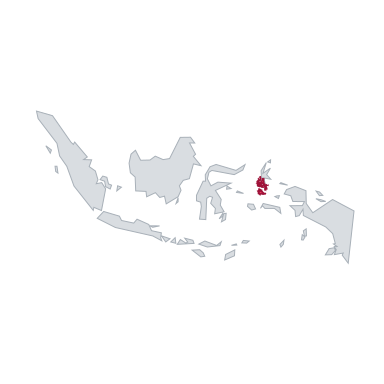 Halmahera Selatan, Maluku Utara, Indonesia shown in context, rotated 6°
{"feature_id": "22746128B2838702785556", "entity_name": "Halmahera Selatan", "entity_type": "district", "adm_level": 2, "iso_a3": "IDN", "parent_name": "Indonesia", "parent_adm1": "Maluku Utara", "projection": "robinson", "projection_center": [127.53, -0.746], "detail": "fine", "context": "in_parent", "style": "filled", "palette": "rose", "viewbox_px": 384, "rotation_deg": 6, "n_neighbors": 0, "source": "geoboundaries", "source_scale": "gbopen_adm2", "svg_char_len": 9040}
<svg xmlns="http://www.w3.org/2000/svg" viewBox="0 0 384 384"><g transform="rotate(6 192 192)"><path d="M131.4,156.4L137.6,165.8L146.9,164.6L151.7,160.2L159.9,162.8L166.2,161.1L174.6,138.9L184.8,137.7L189.6,143.0L184.4,143.5L191.6,154.1L189.6,156.4L198.2,164.9L190.5,163.9L188.0,179.0L182.1,181.3L178.8,187.2L180.9,191.4L178.7,198.1L167.6,206.5L165.1,199.0L160.5,200.8L155.7,196.5L147.4,201.5L146.2,196.2L135.9,196.8L133.9,183.1L128.7,179.3L126.4,169.9L127.4,160.7L131.4,156.4ZM28.9,127.8L45.3,130.7L66.4,155.1L69.0,157.1L70.1,154.6L84.2,168.1L80.8,171.1L88.8,170.5L87.1,177.5L93.7,181.2L97.2,189.7L95.9,193.8L101.2,192.1L105.8,197.9L103.9,219.9L96.0,217.5L95.7,220.6L74.0,198.4L64.8,179.5L56.6,170.0L52.6,157.7L31.3,135.1L28.9,127.8ZM355.1,193.9L354.8,246.5L348.0,239.1L348.8,236.9L340.1,239.4L341.5,234.2L339.1,231.4L339.9,231.0L341.3,231.3L342.1,231.0L338.1,228.9L339.9,228.3L336.3,218.7L328.7,212.8L305.2,203.7L304.2,197.5L301.1,204.3L297.6,205.6L296.4,199.5L290.9,195.4L303.2,194.0L304.8,189.8L293.3,190.9L290.6,185.4L283.9,184.3L285.8,179.7L293.9,175.7L305.2,178.8L306.8,191.5L314.3,200.0L332.6,184.8L355.1,193.9ZM240.3,164.8L232.2,170.3L209.5,168.5L206.8,170.6L205.9,177.3L210.2,183.9L216.7,179.5L229.9,179.1L215.1,188.0L221.8,196.3L221.5,202.1L226.0,208.3L216.8,211.3L217.0,205.9L211.8,201.3L213.0,195.1L210.1,194.4L207.3,196.7L208.6,218.0L202.3,218.2L202.8,205.4L201.7,201.2L197.4,200.3L196.8,194.8L201.9,180.1L204.3,179.8L203.4,173.5L207.3,165.0L213.1,162.1L233.5,165.9L241.9,159.2L240.3,164.8ZM106.2,220.6L122.3,223.6L124.9,227.7L137.3,229.0L140.2,224.8L152.4,228.8L155.8,234.7L165.8,235.8L165.6,240.8L167.1,243.7L157.6,239.8L119.5,235.3L100.5,228.1L106.2,220.6ZM260.6,166.0L267.5,160.1L264.4,166.9L269.0,171.1L261.7,170.4L265.6,180.0L260.3,174.8L258.5,163.6L262.8,155.0L260.6,166.0ZM264.0,196.0L280.9,198.1L282.6,204.0L275.7,199.7L266.2,200.7L263.5,198.3L261.8,201.1L264.0,196.0ZM225.4,242.4L213.0,245.1L204.2,243.1L209.9,239.4L222.1,242.6L226.3,238.4L225.4,242.4ZM189.6,238.7L197.9,239.9L199.4,242.9L182.8,245.6L185.4,240.5L191.2,243.4L193.0,242.3L189.6,238.7ZM240.6,245.1L240.9,251.0L231.6,256.2L232.0,250.6L240.6,245.1ZM105.8,186.3L108.1,192.7L111.3,193.6L110.3,197.6L105.5,195.7L104.0,190.4L99.3,189.3L101.6,185.5L105.8,186.3ZM337.5,239.7L331.2,240.6L334.3,234.0L339.2,232.6L340.8,235.0L337.5,239.7ZM205.7,248.6L209.6,251.4L211.4,254.6L207.5,255.6L198.2,249.8L205.7,248.6ZM254.4,197.8L257.0,202.2L253.2,203.7L248.7,200.5L248.9,197.9L254.4,197.8ZM166.2,238.8L175.0,240.8L171.1,244.4L166.2,238.8ZM180.0,239.2L181.3,244.7L176.1,243.9L180.0,239.2ZM121.3,194.6L117.1,198.8L117.4,193.6L121.3,194.6ZM309.4,216.7L310.4,223.7L308.4,224.0L306.8,219.0L309.4,216.7ZM163.3,229.1L156.6,231.2L153.7,230.0L163.3,229.1ZM228.2,209.6L228.2,215.9L224.4,218.6L225.8,210.2L228.2,209.6ZM41.8,161.3L47.8,164.9L47.0,168.2L41.8,161.3ZM56.7,187.2L54.3,185.8L53.1,180.7L55.0,180.5L56.7,187.2ZM286.2,237.5L284.9,235.0L288.5,230.3L288.3,234.5L286.2,237.5ZM279.4,173.4L286.4,175.2L278.5,174.5L279.4,173.4ZM237.0,186.2L243.4,188.0L236.3,187.8L237.0,186.2ZM225.2,212.7L221.8,215.8L224.7,210.2L225.2,212.7ZM315.3,178.1L318.9,178.7L322.4,181.7L319.1,182.3L315.3,178.1ZM254.0,234.8L251.7,237.1L246.9,237.4L248.1,234.8L254.0,234.8ZM309.1,224.9L307.6,228.2L305.9,228.1L306.1,222.9L309.1,224.9ZM263.6,186.2L259.4,186.8L258.2,185.7L260.0,183.6L263.6,186.2ZM315.9,185.7L321.1,186.2L326.0,187.4L321.3,188.1L315.9,185.7ZM226.2,182.4L230.5,184.5L226.1,185.6L226.2,182.4ZM267.0,154.8L264.1,154.2L266.8,151.8L267.0,154.8ZM236.8,240.9L241.5,239.0L242.1,240.1L236.8,240.9ZM279.3,186.5L278.6,189.4L274.9,187.9L276.8,187.0L279.3,186.5ZM179.2,203.2L177.3,205.2L178.8,199.1L179.2,203.2ZM259.5,175.4L261.7,179.3L260.8,180.0L257.5,176.9L259.5,175.4Z" fill="#d9dde1" stroke="#a8b0b8" stroke-width="1"/><path d="M260.0,183.6L259.1,184.3L259.0,184.6L258.5,184.3L258.5,184.2L258.3,184.3L258.6,184.4L258.4,184.8L258.5,184.9L258.3,185.1L258.3,185.5L258.2,185.9L258.3,186.3L258.4,186.2L259.0,186.7L259.7,186.9L259.8,186.7L260.1,186.8L260.5,186.5L261.2,186.6L261.8,186.4L262.4,186.6L262.7,186.8L263.2,186.7L263.7,186.4L263.7,185.9L263.4,185.5L263.2,185.6L262.6,185.2L262.1,184.5L261.8,184.3L261.7,184.4L261.4,184.4L261.1,184.2L261.1,183.9L261.0,184.0L260.8,183.7L260.4,183.6L260.4,183.8L260.2,183.6L260.0,183.6ZM260.4,172.9L260.4,173.6L260.1,174.6L260.3,174.8L260.3,175.0L260.8,175.4L261.6,175.8L262.6,178.2L263.0,178.6L263.6,178.9L264.1,179.1L264.2,178.9L264.1,179.0L264.3,179.0L264.2,179.1L264.6,179.5L264.3,179.5L264.2,179.6L264.4,179.8L264.7,179.9L264.8,179.8L265.1,180.0L265.3,179.9L265.8,180.2L265.7,179.9L265.3,179.7L264.1,178.5L262.9,176.2L262.4,174.9L262.2,173.7L261.8,172.8L261.7,172.1L262.0,171.9L262.0,171.4L261.8,171.4L261.7,171.7L261.4,171.8L261.0,171.6L261.1,172.4L261.2,172.6L260.9,172.8L260.9,172.6L260.7,172.6L260.4,172.9ZM259.2,175.3L258.9,175.6L258.8,175.9L258.6,176.2L258.4,176.1L258.3,175.7L258.1,175.4L257.8,175.5L257.7,175.5L257.8,175.9L257.5,176.5L257.6,177.0L258.0,177.3L258.0,177.5L258.3,177.8L258.4,177.7L258.6,177.9L258.8,177.9L258.6,178.8L258.7,179.4L258.8,179.5L259.9,178.8L260.1,178.9L260.1,179.4L260.3,179.5L260.8,179.8L260.6,179.8L261.3,179.7L261.6,179.5L261.7,179.2L261.8,179.3L261.7,179.1L261.9,179.2L261.6,178.9L261.6,178.6L261.1,178.3L260.5,178.4L260.3,178.6L260.1,178.4L260.0,177.9L259.7,177.9L259.7,177.6L260.3,176.5L260.0,176.1L259.8,176.2L259.8,175.9L259.6,175.9L259.5,175.4L259.3,175.3L259.2,175.3ZM257.1,174.8L256.7,174.9L256.2,175.1L256.4,175.3L256.4,175.7L256.2,176.0L256.3,176.1L256.1,176.3L256.3,176.3L256.5,176.6L256.2,176.7L256.5,177.1L257.0,177.0L257.0,176.8L257.3,176.8L257.2,176.6L257.4,176.5L257.3,176.1L257.5,176.0L257.5,175.8L257.2,175.4L257.2,175.2L257.6,175.1L257.3,175.1L257.1,174.8ZM257.1,177.7L256.8,177.8L257.0,178.0L256.9,178.2L256.7,178.3L256.8,178.4L256.6,178.5L256.6,178.9L256.8,179.1L257.2,179.0L257.6,179.3L257.8,179.2L257.5,178.7L257.5,178.4L257.2,178.1L257.2,177.9L257.3,177.8L257.1,177.7ZM259.4,182.3L259.0,182.3L259.0,182.5L258.8,182.7L258.7,182.9L258.9,183.1L259.4,182.9L260.0,183.2L260.4,183.2L260.4,182.7L259.7,182.6L259.4,182.3ZM258.4,169.8L258.1,169.9L257.9,170.1L258.2,170.6L258.4,170.5L258.5,170.3L258.4,169.8ZM258.7,171.8L258.4,171.7L258.3,172.7L258.5,172.6L258.6,172.8L258.7,173.1L258.7,172.2L258.6,172.3L258.5,172.0L258.7,171.8ZM258.0,183.8L257.9,184.0L257.8,183.8L257.8,184.0L257.7,183.8L257.7,184.1L257.4,184.2L257.7,184.6L258.3,184.2L258.1,184.0L258.1,183.9L258.0,183.8ZM264.8,180.4L264.7,180.5L265.0,180.7L264.9,181.1L265.1,181.2L265.5,181.1L265.4,180.8L265.2,180.8L264.8,180.4ZM258.2,177.8L257.7,177.7L257.9,178.1L258.4,178.1L258.2,177.8ZM265.1,185.8L264.8,185.9L264.7,186.1L264.8,186.3L265.1,186.2L265.2,185.9L265.1,185.8ZM257.3,173.4L257.1,173.4L257.0,173.7L256.8,173.8L257.0,173.9L257.3,173.8L257.3,173.4ZM258.6,182.4L258.3,182.0L258.2,182.1L258.5,182.7L258.6,182.4ZM265.2,181.5L265.1,181.9L265.5,181.7L265.6,181.8L265.8,182.0L265.5,181.6L265.2,181.5ZM256.4,174.2L256.1,174.5L256.1,174.9L256.3,174.7L256.5,174.3L256.4,174.2ZM255.8,174.7L255.7,174.8L255.7,175.0L255.6,174.9L255.7,175.2L256.1,174.9L256.0,174.7L255.8,174.7ZM259.9,187.5L259.6,187.6L259.5,187.9L259.6,187.7L259.9,187.7L259.9,187.5ZM258.4,173.0L258.3,173.4L258.3,173.7L258.4,173.3L258.5,173.2L258.4,173.0ZM265.4,177.3L265.2,177.1L264.9,177.2L265.3,177.3L265.1,177.2L265.4,177.3ZM260.7,175.5L260.7,175.8L260.6,176.0L260.8,175.8L260.7,175.5ZM258.3,184.9L258.1,184.9L258.1,185.1L258.3,184.9ZM258.5,183.5L258.1,183.5L258.4,183.6L258.5,183.5ZM257.5,176.8L257.4,176.9L257.5,177.1L257.5,176.9L257.5,176.8ZM257.7,177.9L257.8,178.1L257.7,178.0L257.7,177.9ZM263.2,179.6L263.3,179.8L263.3,179.7L263.2,179.6ZM265.5,177.3L265.6,177.6L265.7,177.4L265.5,177.3ZM265.0,181.2L265.0,181.3L265.0,181.2ZM264.3,181.3L264.2,181.2L264.2,181.4L264.3,181.3ZM266.8,177.9L266.7,178.0L266.8,177.9L266.8,178.1L266.8,177.9ZM256.4,171.7L256.2,171.7L256.4,171.8L256.4,171.7ZM257.7,178.1L257.6,177.9L257.6,178.0L257.7,178.1ZM266.2,177.7L266.2,177.8L266.2,177.7ZM265.4,182.1L265.1,182.0L265.4,182.1L265.4,182.1ZM259.4,175.2L259.3,175.3L259.5,175.3L259.4,175.2ZM257.3,176.9L257.2,177.0L257.3,177.1L257.3,176.9ZM257.2,177.3L257.1,177.1L257.1,177.3L257.2,177.3ZM258.5,173.3L258.4,173.4L258.5,173.4L258.5,173.3ZM265.1,177.5L264.9,177.5L265.0,177.5L265.1,177.5ZM257.6,175.6L257.4,175.6L257.6,175.6ZM256.8,172.9L256.6,172.9L256.8,173.0L256.8,172.9ZM265.4,182.0L265.3,181.9L265.4,182.0ZM263.3,185.4L263.2,185.4L263.1,185.5L263.3,185.4ZM265.0,181.8L264.9,181.8L265.0,181.9L265.0,181.8ZM258.3,175.6L258.3,175.4L258.3,175.6L258.3,175.6ZM260.7,176.2L260.7,176.3L260.7,176.2ZM257.7,174.7L257.6,174.8L257.7,174.7ZM262.5,185.0L262.4,184.9L262.5,185.0L262.5,185.0ZM265.0,177.3L264.8,177.3L265.0,177.3ZM258.5,172.7L258.4,172.8L258.5,172.9L258.5,172.7ZM257.0,172.6L256.9,172.6L257.0,172.6L257.0,172.6ZM256.6,178.9L256.8,179.1L256.6,178.9ZM257.0,171.7L256.9,171.7L257.0,171.7L257.0,171.7ZM262.9,185.2L262.9,185.3L262.9,185.2ZM266.0,177.6L265.9,177.6L266.0,177.6L266.0,177.6ZM258.7,173.3L258.8,173.1L258.7,173.2L258.7,173.3Z" fill="#f43f5e" stroke="#9f1239" stroke-width="1.5"/></g></svg>